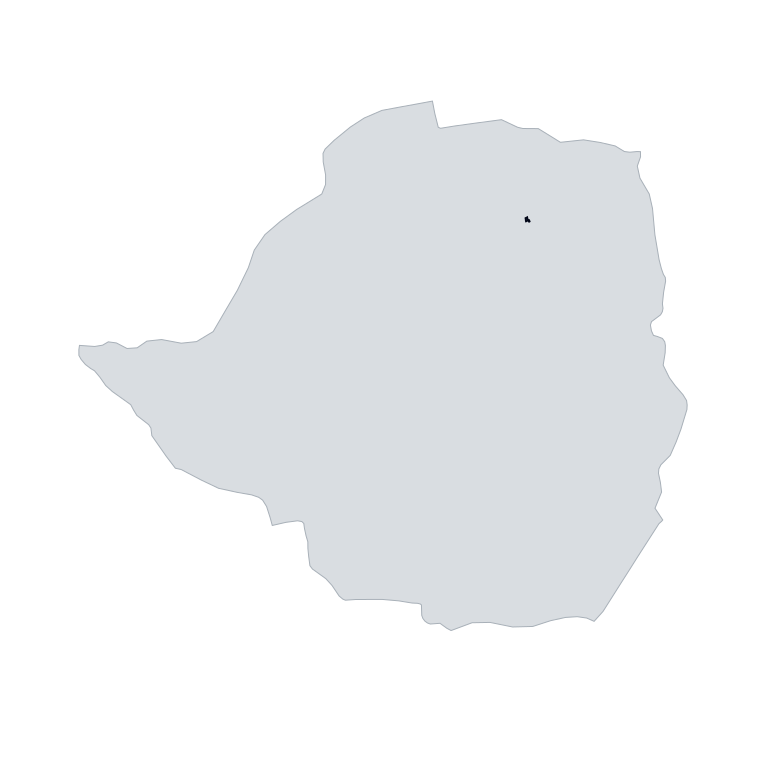 Bindura Urban, Mashonaland Central, Zimbabwe (highlighted), rotated 350°
{"feature_id": "62879985B95649455057602", "entity_name": "Bindura Urban", "entity_type": "district", "adm_level": 2, "iso_a3": "ZWE", "parent_name": "Zimbabwe", "parent_adm1": "Mashonaland Central", "projection": "orthographic", "projection_center": [31.346, -17.309], "detail": "fine", "context": "in_parent", "style": "filled", "palette": "ink", "viewbox_px": 768, "rotation_deg": 350, "n_neighbors": 0, "source": "geoboundaries", "source_scale": "gbopen_adm2", "svg_char_len": 2507}
<svg xmlns="http://www.w3.org/2000/svg" viewBox="0 0 768 768"><g transform="rotate(350 384 384)"><path d="M549.7,654.2L543.0,649.7L533.9,646.7L522.2,645.4L507.1,646.0L488.4,648.6L468.4,645.6L447.0,637.2L429.3,634.4L408.1,638.3L407.2,638.4L403.5,635.5L397.6,629.4L387.9,628.4L385.3,626.9L383.1,624.6L381.6,621.7L381.0,618.4L382.5,608.1L381.6,607.0L379.0,605.8L373.7,604.6L360.8,600.1L344.7,595.8L318.6,591.3L308.4,590.2L306.1,588.7L303.0,585.0L297.8,573.3L292.9,565.6L281.4,553.8L279.5,550.1L279.9,540.5L280.5,532.8L281.6,526.2L280.9,520.1L280.6,512.5L280.8,507.4L279.2,505.2L275.1,503.7L263.4,503.2L249.4,503.9L248.7,496.1L247.1,484.2L244.3,477.3L240.9,473.8L234.4,470.2L221.1,465.4L203.0,458.0L187.4,446.9L169.4,433.0L163.9,430.7L157.0,417.4L146.4,394.6L146.8,386.9L145.2,383.2L135.2,372.1L132.9,366.3L131.0,360.4L115.2,344.3L109.7,337.2L105.4,328.0L101.2,320.7L97.8,317.8L93.3,312.9L90.0,307.2L88.5,302.9L89.5,297.1L90.8,293.1L105.6,296.8L113.6,296.9L119.8,294.6L127.6,297.1L137.1,304.4L147.2,305.5L157.9,300.6L172.7,301.6L191.4,308.6L206.8,309.7L224.9,302.7L240.8,283.9L255.9,266.2L270.6,245.9L279.5,229.6L292.7,216.2L310.2,205.8L328.2,197.0L355.7,186.1L361.1,177.4L362.8,167.9L362.7,154.8L364.0,146.3L366.8,142.4L371.4,139.3L377.3,135.3L395.5,125.1L410.8,118.6L429.4,114.2L449.9,114.0L469.6,113.9L480.8,113.8L481.0,126.4L482.0,140.6L484.1,142.0L499.0,142.2L522.7,143.1L545.6,144.1L560.2,154.4L565.1,156.5L580.3,159.3L599.7,176.6L622.9,178.2L638.9,183.7L653.0,189.7L661.1,196.8L666.3,198.4L673.4,199.0L676.9,199.7L676.1,204.8L671.3,213.4L671.8,225.7L678.2,242.9L678.9,257.8L676.7,284.0L676.5,309.4L677.2,318.5L678.2,324.6L679.5,327.9L679.2,331.6L675.3,342.2L672.1,353.4L671.9,357.9L670.7,361.1L668.4,363.9L658.3,369.0L656.6,372.2L656.6,378.0L657.8,382.9L661.5,384.7L666.1,387.5L667.8,391.1L667.8,395.0L666.3,402.1L662.2,413.9L666.1,427.4L670.5,436.3L676.6,446.5L679.1,452.8L678.9,457.3L677.9,461.7L668.5,480.2L661.7,491.7L653.5,504.0L642.7,511.6L639.9,515.4L638.8,519.6L639.1,528.9L638.6,538.6L629.3,553.4L634.9,566.3L633.6,567.4L630.5,569.3L617.3,583.6L603.9,598.1L594.2,608.8L583.1,620.9L570.8,634.4L560.2,646.0L549.7,654.2Z" fill="#d9dde1" stroke="#a8b0b8" stroke-width="1"/><path d="M551.9,247.6L551.9,248.7L552.1,248.7L553.6,248.2L554.0,248.0L554.3,248.2L554.5,248.7L554.8,249.2L555.0,249.6L555.8,249.3L555.6,248.2L555.5,247.8L555.5,247.7L555.4,247.6L554.7,247.3L554.3,247.2L554.2,247.1L554.1,244.4L552.0,245.1L552.0,246.5L551.9,247.6Z" fill="#0f172a" stroke="#020617" stroke-width="1.5"/></g></svg>